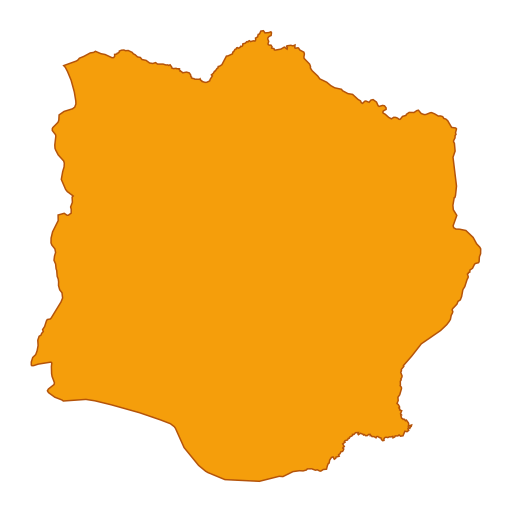 Phnum Sruoch, Kâmpóng Spœ, Cambodia
{"feature_id": "14789045B53817088331996", "entity_name": "Phnum Sruoch", "entity_type": "district", "adm_level": 2, "iso_a3": "KHM", "parent_name": "Cambodia", "parent_adm1": "Kâmpóng Spœ", "projection": "albers", "projection_center": [104.255, 11.311], "detail": "fine", "context": "isolated", "style": "filled", "palette": "amber", "viewbox_px": 512, "rotation_deg": 0, "n_neighbors": 0, "source": "geoboundaries", "source_scale": "gbopen_adm2", "svg_char_len": 5868}
<svg xmlns="http://www.w3.org/2000/svg" viewBox="0 0 512 512"><path d="M479.8,247.2L476.6,243.8L473.2,237.5L465.9,230.5L459.6,229.2L456.0,229.1L453.7,227.7L453.1,225.8L456.8,215.4L453.3,209.7L452.9,205.3L454.2,197.7L454.9,197.5L455.5,195.4L456.5,186.1L453.0,157.2L455.1,151.1L454.4,143.2L453.6,142.1L453.6,140.6L455.0,137.9L455.1,135.5L456.0,134.4L455.5,132.8L456.5,128.9L455.7,128.0L451.6,127.4L447.7,120.7L445.9,119.1L443.7,118.4L443.1,117.1L442.1,116.4L440.1,115.9L438.4,116.1L434.7,113.9L431.6,112.6L430.4,112.7L425.9,114.5L424.2,114.6L421.2,113.5L418.4,110.2L416.8,110.6L414.0,112.5L409.2,112.4L406.4,114.3L406.0,115.4L402.5,116.4L400.2,119.3L399.0,119.3L397.5,118.1L395.7,117.4L393.8,117.3L391.4,118.8L388.7,117.4L385.3,114.3L383.2,113.1L382.8,112.1L383.4,110.9L386.1,109.4L386.1,107.9L384.5,105.8L382.7,105.4L379.1,106.4L378.1,105.7L376.5,102.1L373.1,99.6L370.9,100.1L369.1,102.3L365.8,101.0L364.8,101.2L362.5,103.4L361.2,102.6L360.6,101.0L357.9,99.3L352.6,94.4L347.9,93.6L342.5,90.7L341.5,89.3L334.7,87.8L330.9,85.7L326.7,82.2L319.8,78.9L317.7,76.0L312.1,70.7L310.4,68.0L310.5,66.5L309.6,64.1L304.1,58.4L303.9,57.0L304.4,54.0L303.9,52.2L299.8,50.0L298.5,48.0L297.9,47.8L295.6,48.2L294.8,47.8L295.0,45.0L293.0,45.9L290.8,45.3L287.0,45.8L286.5,46.3L287.4,47.7L287.1,49.1L284.3,47.1L280.9,49.1L275.3,50.1L274.4,49.9L274.0,48.6L271.6,48.1L272.0,46.7L270.9,45.1L269.3,45.2L268.2,44.5L268.0,43.8L268.7,41.4L267.7,39.0L267.9,37.8L269.1,36.4L271.1,35.5L271.5,32.8L270.9,31.8L268.8,32.6L265.0,32.9L263.4,30.7L260.8,31.1L259.5,34.0L258.2,34.4L257.6,36.9L255.5,38.1L255.7,39.9L254.9,41.1L253.5,40.8L250.5,41.6L249.4,40.7L248.3,41.2L248.0,41.9L246.7,41.7L245.3,43.2L242.9,43.8L242.6,45.7L241.8,46.5L240.6,46.3L240.1,47.4L238.4,48.2L237.4,47.6L236.6,47.9L236.4,48.8L235.0,49.4L233.6,51.7L232.9,52.0L232.4,53.9L228.0,55.9L226.4,56.1L221.9,64.7L219.6,66.2L218.2,66.5L218.0,67.9L217.0,68.5L215.2,71.1L214.5,71.2L213.4,73.2L211.4,74.9L212.4,75.9L210.2,79.3L209.7,80.9L206.8,82.3L205.1,82.4L201.9,81.4L201.7,80.6L200.7,80.3L200.1,78.8L199.6,79.3L194.7,79.2L194.0,78.6L192.5,78.4L191.6,78.0L191.6,77.1L190.8,76.5L190.7,75.0L189.3,72.9L186.5,72.1L182.7,72.8L181.5,71.6L180.1,71.1L180.3,70.6L179.2,69.6L179.4,68.8L176.6,68.7L176.1,68.3L173.5,68.6L171.9,68.1L171.7,67.0L170.1,64.8L168.7,65.5L167.8,64.9L166.0,65.0L163.1,64.1L157.5,64.1L155.6,62.6L152.8,63.5L149.6,63.0L146.1,60.4L141.9,59.5L140.4,57.5L137.5,56.9L135.1,54.7L133.3,53.8L132.2,52.4L128.2,50.5L125.5,50.7L123.9,50.0L121.4,50.2L119.3,51.1L119.2,52.1L118.2,53.0L117.2,53.2L116.7,54.1L114.6,54.4L114.7,56.2L113.7,57.6L112.0,57.7L105.1,54.5L101.0,53.7L95.4,51.3L93.7,52.4L90.3,52.9L83.8,56.4L79.4,58.2L77.9,60.0L76.4,61.0L63.7,65.6L65.3,67.3L67.5,71.5L71.1,80.2L74.3,91.9L75.8,101.0L75.9,104.0L74.7,107.2L72.5,108.8L64.1,111.4L59.1,114.9L58.8,120.2L58.0,122.3L52.9,127.5L52.3,128.6L52.3,130.5L55.6,134.8L55.8,136.3L54.8,145.0L55.0,148.3L55.7,150.1L58.2,154.9L63.7,161.0L64.3,163.1L64.1,166.9L62.7,171.6L61.3,179.4L65.6,189.4L67.3,191.6L73.2,196.0L72.1,197.1L72.4,202.3L70.6,207.0L71.2,209.2L71.2,213.1L68.4,215.2L67.1,215.3L64.2,213.3L58.1,215.0L58.2,220.6L52.6,231.8L51.1,238.0L51.0,242.9L51.9,245.1L54.9,248.9L55.6,252.5L54.5,256.1L54.0,260.3L55.6,264.0L56.1,268.8L56.7,270.4L57.2,276.4L58.2,278.9L58.6,281.8L58.5,285.5L59.7,289.8L62.0,292.8L62.6,298.0L61.0,302.0L51.2,318.0L50.3,319.0L47.3,319.5L46.5,320.7L44.6,326.6L42.6,329.6L43.3,331.5L41.6,333.4L41.1,335.0L39.1,336.3L37.8,340.2L38.1,345.6L37.1,350.8L35.7,354.6L32.7,357.5L31.3,362.0L31.3,365.0L31.9,365.7L33.7,365.6L38.3,364.1L50.9,362.1L51.8,363.0L51.4,366.5L51.6,373.7L52.1,376.5L54.4,382.6L54.1,384.5L48.4,389.0L47.4,390.8L48.5,392.6L54.8,397.2L61.8,399.9L63.3,401.0L85.9,399.4L94.9,400.8L111.3,404.8L139.5,412.7L160.5,419.9L170.4,423.7L174.2,426.6L175.4,428.2L184.1,447.6L198.6,465.4L205.6,471.2L208.0,472.6L224.9,479.6L259.4,481.3L279.2,476.3L282.9,476.6L293.0,471.6L299.5,470.7L303.1,470.9L306.4,470.0L307.3,468.9L311.7,468.8L315.4,470.2L317.3,469.8L319.7,471.0L320.8,471.1L323.3,469.5L326.5,469.2L327.4,465.6L328.3,463.5L329.1,463.1L329.7,460.0L331.5,457.4L333.0,456.9L334.3,459.2L335.7,458.3L336.0,457.1L339.2,456.2L338.6,454.7L339.9,453.8L341.0,451.7L342.6,451.4L343.7,449.4L343.6,448.6L342.8,448.2L343.0,447.4L344.3,446.6L342.7,443.9L345.0,442.2L344.4,441.5L345.2,440.6L347.5,440.0L348.3,438.4L349.2,438.3L349.9,436.9L352.1,435.8L352.8,435.0L352.6,434.4L354.1,434.3L355.5,432.7L358.4,432.5L357.9,433.9L358.4,434.7L360.4,433.3L363.1,434.3L363.5,435.0L364.3,434.6L365.7,435.7L367.3,435.6L368.7,434.4L370.2,434.4L370.2,435.7L371.3,435.6L372.0,436.6L374.1,436.6L376.0,437.8L376.6,436.6L377.9,436.5L379.6,437.7L380.9,437.9L381.5,439.6L382.7,440.7L384.0,440.4L383.9,438.9L384.8,437.6L386.0,437.2L387.8,437.6L389.4,436.8L391.0,436.9L392.7,436.4L393.0,437.8L394.8,436.9L395.2,435.9L397.9,435.9L399.1,434.9L400.5,436.2L403.0,435.8L404.9,431.2L407.0,431.7L408.7,430.4L407.9,428.7L408.5,427.7L409.8,428.4L410.4,427.1L411.3,426.3L411.6,425.0L408.4,426.1L408.7,424.0L408.4,422.9L406.4,420.1L405.4,420.7L404.5,419.3L403.1,419.4L403.0,418.9L401.6,418.2L400.8,415.2L401.5,414.9L400.5,413.8L401.7,410.7L399.7,410.0L399.9,409.3L398.9,407.9L399.5,407.6L399.5,406.7L398.3,404.6L397.0,403.5L398.2,400.5L397.9,397.3L399.7,394.8L401.5,388.6L401.4,387.3L400.1,385.7L400.4,385.1L400.3,381.3L401.2,379.8L400.8,378.9L401.7,377.7L402.1,376.0L400.7,372.3L401.5,370.8L401.2,370.0L401.5,369.2L403.8,366.4L403.4,365.6L411.7,356.1L421.3,343.8L440.6,330.5L446.7,324.7L449.0,321.7L450.4,319.4L451.2,315.4L452.6,312.6L452.8,311.4L452.1,310.0L452.6,308.7L456.9,304.2L458.0,301.4L460.3,299.9L461.6,296.6L462.9,289.6L464.8,286.6L467.1,279.4L468.1,277.6L468.2,276.5L467.4,274.1L468.4,273.2L468.5,272.5L469.8,272.1L469.9,270.1L472.5,268.3L474.5,264.3L475.4,263.5L478.5,262.7L479.1,261.6L479.4,256.8L480.6,253.7L480.7,248.9L479.8,247.2Z" fill="#f59e0b" stroke="#b45309" stroke-width="1.5"/></svg>